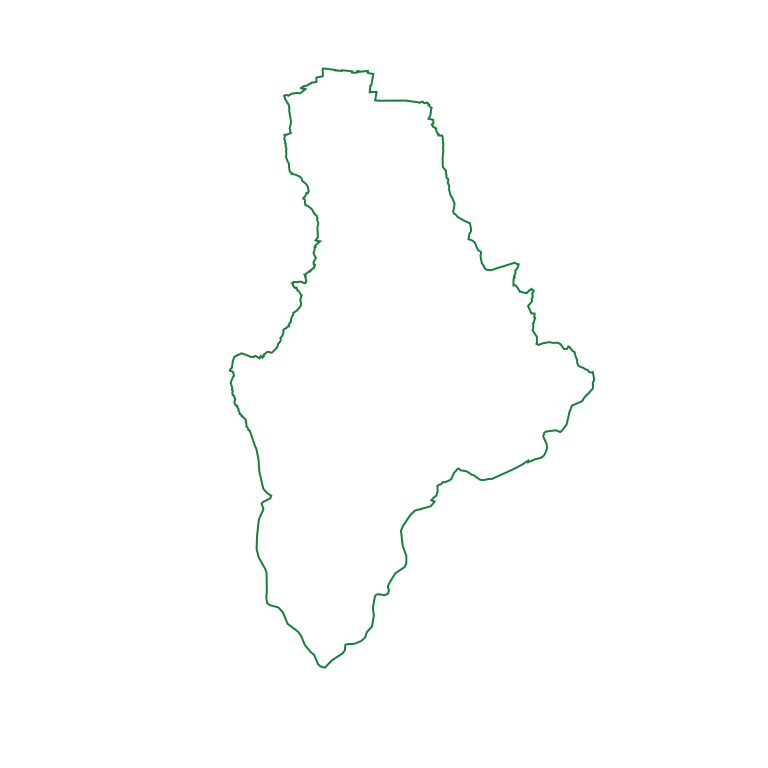 outline of Baia Sprie, Maramures, Romania, rotated 111°
{"feature_id": "2599482B79433143799510", "entity_name": "Baia Sprie", "entity_type": "district", "adm_level": 2, "iso_a3": "ROU", "parent_name": "Romania", "parent_adm1": "Maramures", "projection": "natural_earth1", "projection_center": [23.691, 47.679], "detail": "fine", "context": "isolated", "style": "outline", "palette": "green", "viewbox_px": 768, "rotation_deg": 111, "n_neighbors": 0, "source": "geoboundaries", "source_scale": "gbopen_adm2", "svg_char_len": 6138}
<svg xmlns="http://www.w3.org/2000/svg" viewBox="0 0 768 768"><g transform="rotate(111 384 384)"><path d="M150.6,580.6L153.6,578.3L154.5,576.8L156.3,575.1L156.2,574.5L157.7,572.9L159.9,571.5L162.7,570.5L173.0,564.5L179.1,563.7L181.9,562.1L183.1,560.9L186.2,564.3L187.0,566.2L188.4,565.4L191.3,564.8L192.4,563.5L194.7,562.6L195.0,561.8L197.4,561.1L199.3,559.3L201.9,558.9L204.2,557.6L207.0,556.9L210.5,554.0L212.3,551.8L215.6,550.4L218.7,548.6L219.8,547.4L220.0,545.7L221.0,545.5L220.3,541.8L220.6,536.5L222.1,534.2L223.7,533.1L224.7,529.6L226.6,526.3L230.8,523.5L233.4,523.5L233.3,524.7L234.0,525.0L237.1,524.7L238.6,525.8L239.9,525.8L239.9,524.5L240.2,524.1L244.9,521.8L245.2,518.3L246.3,515.0L247.0,513.6L250.1,510.0L251.0,507.2L253.1,505.4L254.1,505.6L256.3,504.1L257.4,502.9L261.3,502.4L270.8,498.3L274.4,499.4L274.4,497.7L273.7,494.8L279.4,497.7L280.5,497.0L280.9,497.8L281.9,497.8L283.4,496.8L286.9,496.8L287.9,495.5L289.1,494.9L290.6,492.8L295.8,493.4L297.7,492.3L297.3,491.3L300.2,490.8L301.1,491.0L301.6,492.0L303.3,492.5L304.6,493.8L305.1,493.8L304.9,493.1L305.2,493.1L307.1,495.2L310.3,496.9L310.4,497.4L310.8,497.1L310.8,496.2L312.0,496.1L311.8,495.6L314.7,494.4L316.7,493.1L318.3,493.9L318.1,494.8L318.5,495.8L318.1,496.7L318.5,499.3L319.9,501.3L321.1,504.8L322.8,506.0L323.1,504.7L324.3,504.6L325.8,502.8L325.7,501.8L326.1,501.6L326.1,500.9L325.4,500.1L327.7,498.4L327.9,496.6L330.4,493.6L330.7,492.7L335.9,492.2L337.6,490.8L340.1,489.8L342.6,490.1L344.7,491.2L346.1,491.3L350.1,494.1L352.3,493.6L354.3,494.1L356.4,494.0L357.3,493.5L358.7,493.7L359.4,493.2L360.5,493.9L361.8,493.8L362.6,494.2L363.2,493.4L364.4,493.4L365.2,494.9L366.8,495.2L368.3,496.7L369.5,497.3L372.7,496.2L376.1,496.3L378.1,497.3L379.5,496.3L381.3,496.1L383.1,496.5L384.2,497.2L388.3,496.9L394.8,499.8L395.3,500.5L395.3,502.8L395.7,504.3L400.1,507.0L400.7,506.0L402.9,506.8L402.1,509.1L404.6,509.3L403.8,513.8L404.5,514.9L405.4,515.1L406.5,518.4L406.2,520.1L406.4,527.9L412.1,533.4L416.6,533.4L423.4,531.8L424.8,532.7L426.8,532.6L426.6,530.8L427.0,529.1L430.3,527.0L432.1,527.6L437.8,527.6L442.4,524.0L444.1,523.8L444.7,522.6L446.6,522.5L447.7,521.6L448.6,521.4L448.7,520.1L451.4,517.5L454.9,517.1L456.5,515.7L457.2,514.6L456.8,513.8L457.1,513.1L458.2,512.7L459.7,510.7L461.2,510.3L461.9,509.0L463.8,507.8L463.6,506.6L465.0,505.5L464.7,504.9L465.0,504.1L465.7,503.5L466.1,501.6L467.0,500.3L467.7,499.6L468.8,499.6L470.0,498.4L472.9,497.2L473.5,495.7L475.7,493.9L475.7,492.6L488.3,482.0L490.2,480.0L499.4,474.1L510.1,469.2L525.0,459.2L527.9,453.5L528.7,449.2L531.5,449.2L537.6,454.8L539.7,455.4L543.6,451.9L545.9,451.7L553.0,452.2L556.9,451.9L572.3,447.8L583.9,443.7L590.8,438.8L599.5,428.3L602.7,425.8L619.8,419.0L625.7,417.3L630.5,414.5L631.4,411.0L630.4,402.6L633.5,396.5L642.4,388.1L646.2,375.2L648.9,371.1L655.9,364.5L660.4,356.7L662.0,352.1L669.3,345.0L670.5,341.7L670.0,337.6L660.3,333.4L650.5,326.2L646.7,325.1L641.2,326.6L640.0,324.9L637.2,318.6L632.0,313.1L627.5,310.8L622.0,311.1L614.6,308.3L603.5,310.6L597.2,314.1L586.1,316.3L583.9,316.0L582.3,314.1L580.9,307.6L578.1,305.0L574.7,305.6L572.0,307.6L569.6,307.9L562.3,306.7L556.5,305.5L547.7,299.3L543.5,298.9L536.6,301.5L528.1,308.7L514.8,315.6L509.3,315.3L496.8,312.5L491.2,309.8L481.3,296.5L475.6,294.6L475.6,298.1L472.7,297.1L469.3,295.1L466.8,295.5L465.4,295.3L460.1,297.6L458.0,296.2L457.4,295.0L454.3,293.7L453.8,291.8L450.1,288.0L447.7,287.0L442.2,286.9L437.0,284.9L436.2,284.1L437.1,281.2L436.0,276.4L436.2,273.6L437.3,269.8L437.1,267.2L438.8,260.6L438.8,259.2L438.3,257.2L434.9,251.6L434.0,249.3L417.6,233.1L409.8,226.2L403.9,222.0L405.4,221.4L400.0,215.8L397.1,211.5L393.9,209.2L390.6,208.6L385.3,208.8L382.0,210.5L376.1,216.4L372.4,217.0L370.4,215.8L365.7,207.2L365.7,202.2L362.5,200.7L356.3,199.0L343.8,200.8L336.8,200.8L329.0,192.8L325.6,192.3L321.7,191.0L319.9,189.9L313.2,187.4L308.1,189.5L304.9,189.2L298.1,193.2L298.9,193.9L299.3,196.8L297.9,199.0L298.1,201.4L297.5,203.8L297.6,207.3L297.2,209.1L295.2,211.1L292.4,212.3L289.0,215.5L285.9,217.5L285.5,219.8L282.9,224.3L282.9,225.4L284.6,225.4L285.8,226.0L286.8,228.5L283.5,233.6L283.3,236.8L284.9,240.6L285.8,244.9L289.0,250.2L292.1,253.6L291.9,256.1L290.9,256.0L285.1,258.2L280.8,264.4L277.0,265.1L274.4,266.2L274.2,266.7L273.1,266.3L268.0,266.6L267.7,267.7L264.3,268.6L265.2,271.8L259.5,277.5L253.6,275.4L251.5,276.8L249.4,276.3L246.4,278.1L243.3,277.5L242.5,280.4L243.3,280.4L243.7,281.5L248.2,283.5L248.3,285.4L248.7,286.2L248.7,289.4L249.1,290.1L245.9,294.4L244.7,296.7L245.6,298.5L239.2,300.8L238.3,300.2L237.0,300.4L237.1,301.1L235.7,301.3L233.6,300.9L231.1,302.1L229.4,301.3L225.7,300.9L224.3,301.2L224.6,301.6L224.1,302.1L224.4,302.5L224.0,305.5L239.4,325.0L240.6,328.8L239.8,331.7L238.1,333.1L236.1,336.1L229.5,340.0L226.9,340.3L225.9,340.9L225.2,344.3L222.1,347.5L219.5,349.6L218.8,351.3L218.3,354.4L218.6,357.0L213.3,358.1L210.4,357.5L207.5,358.6L203.0,361.5L203.2,362.6L202.9,367.2L201.7,374.9L199.8,378.6L199.8,379.9L198.4,381.2L194.5,381.7L190.3,382.8L185.4,387.3L184.4,389.2L179.5,392.7L175.6,394.3L173.4,396.6L171.4,396.7L169.7,397.7L169.4,399.1L168.1,400.0L166.6,400.4L165.7,401.6L162.6,402.6L161.4,405.2L160.2,406.9L152.8,410.0L144.5,412.4L142.4,413.5L138.0,414.8L136.7,415.9L133.1,417.3L131.3,418.7L132.4,422.2L131.3,422.4L130.6,423.7L130.9,423.8L129.0,425.8L127.1,427.3L126.7,427.1L126.0,430.2L126.2,430.4L124.6,432.4L123.2,431.2L119.7,432.8L120.5,437.4L116.3,437.0L110.6,438.5L109.4,438.3L107.8,442.4L106.9,442.0L105.8,444.8L107.2,446.1L107.3,447.8L106.5,449.2L108.8,451.6L108.6,452.3L111.6,465.2L121.1,489.6L122.4,493.9L114.0,495.6L116.7,501.9L110.4,503.7L109.8,502.9L98.3,505.1L99.2,508.9L99.3,510.9L97.5,511.2L101.7,519.6L101.0,519.9L101.4,521.0L102.5,520.6L102.6,521.3L103.3,521.3L104.8,525.5L103.5,525.8L106.1,535.6L106.8,535.5L107.0,536.0L108.7,542.0L108.3,542.0L110.7,552.2L111.6,554.3L118.3,551.5L118.9,551.7L121.2,555.7L122.3,557.0L126.1,555.3L128.9,560.0L130.1,560.1L131.1,561.8L133.1,562.8L134.6,565.6L137.5,567.6L137.8,567.2L136.6,563.5L136.7,562.9L142.3,566.2L142.9,567.0L143.3,569.2L146.0,574.2L149.1,576.5L149.1,578.6L150.6,580.6Z" fill="none" stroke="#15803d" stroke-width="2"/></g></svg>